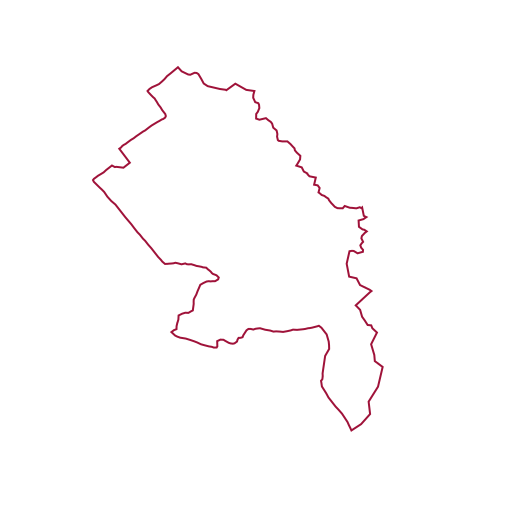 Odeda, Ogun, Nigeria (Albers equal-area conic projection), rotated 232°
{"feature_id": "59680162B82944797684000", "entity_name": "Odeda", "entity_type": "district", "adm_level": 2, "iso_a3": "NGA", "parent_name": "Nigeria", "parent_adm1": "Ogun", "projection": "albers", "projection_center": [3.501, 7.325], "detail": "fine", "context": "isolated", "style": "outline", "palette": "rose", "viewbox_px": 512, "rotation_deg": 232, "n_neighbors": 0, "source": "geoboundaries", "source_scale": "gbopen_adm2", "svg_char_len": 4421}
<svg xmlns="http://www.w3.org/2000/svg" viewBox="0 0 512 512"><g transform="rotate(232 256 256)"><path d="M59.8,223.8L58.8,235.3L61.2,248.6L71.9,255.1L77.9,271.7L90.6,287.5L100.0,284.9L105.2,288.3L115.6,292.4L121.2,304.2L127.4,303.2L130.4,304.1L132.9,301.5L138.2,302.0L142.8,302.2L149.5,304.9L155.7,304.2L157.3,323.4L157.3,325.4L159.4,324.8L169.0,320.1L176.5,321.5L182.4,316.7L194.1,322.7L202.2,332.6L201.0,334.8L199.8,336.1L198.5,336.6L195.6,337.7L193.6,342.6L193.5,342.8L194.9,344.1L197.9,344.0L200.2,344.8L200.9,347.0L201.2,349.1L205.0,349.9L205.9,350.9L206.6,351.9L207.0,354.7L207.2,355.6L207.2,358.4L210.0,357.5L211.4,356.3L215.6,355.1L220.8,358.7L218.9,363.4L218.7,366.9L220.3,366.1L221.3,365.7L228.9,369.5L228.8,368.5L230.5,367.8L231.8,364.4L234.9,361.2L236.3,359.6L240.8,356.7L240.2,353.7L242.1,351.3L243.6,349.6L246.2,348.4L249.6,348.1L251.2,347.9L255.0,347.9L256.7,348.3L259.5,347.3L261.2,346.9L263.7,345.3L265.0,345.1L267.1,344.6L267.6,344.4L270.4,348.0L273.7,348.1L276.4,345.7L281.0,351.4L285.9,347.2L288.8,346.9L289.4,347.3L293.1,345.7L297.7,346.6L302.4,343.4L303.2,345.7L305.0,350.2L307.6,352.6L312.4,351.8L315.3,351.7L317.1,352.6L320.0,352.3L322.9,352.1L327.0,351.3L330.2,347.2L332.8,344.8L333.9,344.6L337.1,346.1L338.9,347.9L340.7,348.8L342.3,349.5L346.5,348.6L350.4,350.2L352.6,350.2L355.5,349.3L358.5,348.7L361.3,342.6L364.2,340.7L367.8,343.6L368.5,346.2L370.5,349.7L373.3,351.5L375.0,351.9L377.7,350.1L382.4,351.2L384.6,353.1L387.0,356.3L392.9,350.6L404.5,345.8L404.9,334.7L405.7,334.4L409.8,330.4L419.6,322.5L424.1,321.0L429.3,321.9L434.8,322.6L436.8,321.9L438.2,320.4L439.3,315.8L440.8,314.3L447.3,311.1L452.8,310.7L452.7,307.8L452.5,300.9L452.5,296.6L452.1,294.7L451.7,292.7L451.4,289.4L451.2,285.4L451.9,282.3L453.0,278.0L453.2,274.9L452.8,272.1L451.4,272.0L447.9,272.3L444.5,272.7L442.6,273.1L440.8,272.9L438.3,272.7L435.6,272.3L431.8,272.3L428.7,271.9L426.4,271.9L423.7,271.9L421.8,271.1L421.5,270.6L421.0,269.6L421.1,267.2L421.6,265.8L421.9,263.0L422.3,260.7L423.1,254.1L423.2,250.6L423.2,248.3L423.2,246.1L423.2,245.9L423.6,243.6L424.0,237.0L424.1,235.5L424.1,232.0L424.2,231.3L424.5,228.9L424.6,224.3L424.6,222.3L425.0,220.0L425.0,218.1L424.6,216.5L424.7,214.3L407.2,214.0L407.2,205.9L412.2,200.9L413.0,199.5L416.0,198.2L416.0,197.9L416.0,195.9L416.0,195.2L416.0,194.7L416.0,193.3L416.0,190.9L415.7,187.5L415.7,187.4L416.1,184.0L416.5,180.9L416.5,178.6L416.6,175.8L416.2,174.3L414.3,173.9L411.2,174.3L405.8,175.0L403.5,175.4L400.0,175.8L394.3,175.4L388.5,175.8L383.1,176.9L375.8,176.9L372.9,176.9L371.9,176.9L367.3,176.9L357.7,177.3L353.1,177.2L348.0,177.2L347.7,177.2L344.3,177.6L339.3,177.6L336.2,178.0L331.2,178.0L326.6,178.3L315.4,178.3L311.6,178.7L309.3,178.7L305.8,179.4L304.6,181.0L303.4,182.9L302.3,184.5L301.1,186.4L300.3,188.3L298.4,189.9L295.3,192.2L293.7,195.7L292.2,196.4L291.0,197.6L289.4,199.9L286.7,201.8L284.8,203.0L283.2,204.5L280.9,206.5L279.7,207.2L278.6,208.4L277.4,209.6L275.1,209.9L273.6,210.3L271.6,210.7L269.7,210.7L268.2,211.1L267.0,211.9L265.1,213.0L262.0,213.4L260.9,211.8L261.3,208.4L261.5,208.0L262.8,206.4L264.0,204.5L265.2,203.3L266.3,201.4L267.1,197.9L267.6,194.4L266.1,191.7L264.2,188.2L262.3,185.1L260.8,181.6L260.0,180.1L258.1,178.5L256.6,177.4L252.0,172.7L252.4,170.8L252.8,167.7L254.8,165.4L256.0,162.3L256.4,160.3L256.8,158.4L253.7,155.7L251.8,153.0L251.8,152.9L249.6,150.2L247.3,148.3L248.1,145.6L248.1,142.5L243.1,143.3L240.8,144.4L239.9,145.0L238.4,145.9L234.2,149.8L230.3,152.5L226.8,154.8L224.1,156.4L220.3,158.3L217.2,160.6L213.7,163.3L211.7,165.2L209.8,166.4L208.1,168.6L208.6,169.9L212.8,173.0L212.0,176.5L211.7,176.8L210.0,178.8L208.1,179.5L204.3,181.1L202.7,182.2L201.1,183.8L200.4,185.3L200.3,188.4L201.5,190.0L202.2,191.9L201.0,193.5L200.3,195.4L201.4,197.3L203.3,202.8L203.2,205.1L201.7,207.0L199.7,208.6L199.3,209.8L198.9,210.9L197.8,212.8L196.6,214.7L192.3,217.8L188.5,221.3L185.7,223.2L184.2,225.5L181.8,228.2L179.5,230.6L177.5,234.4L176.0,237.5L175.2,239.8L172.5,242.9L169.3,248.0L168.2,249.9L167.0,252.6L166.2,253.8L165.0,256.1L162.8,261.2L162.3,262.6L159.2,263.4L153.8,263.4L150.7,263.4L143.8,260.6L140.8,258.7L137.7,256.4L134.7,249.0L133.2,247.4L122.5,236.2L120.1,234.5L119.9,234.2L119.0,233.4L118.0,232.3L117.6,230.4L115.9,229.5L112.6,227.6L104.6,226.8L99.9,226.0L93.8,226.0L91.4,226.0L88.4,226.0L84.2,226.4L78.8,226.7L68.8,225.9L65.7,225.1L64.7,224.9L62.3,224.4L59.8,223.8Z" fill="none" stroke="#9f1239" stroke-width="2"/></g></svg>